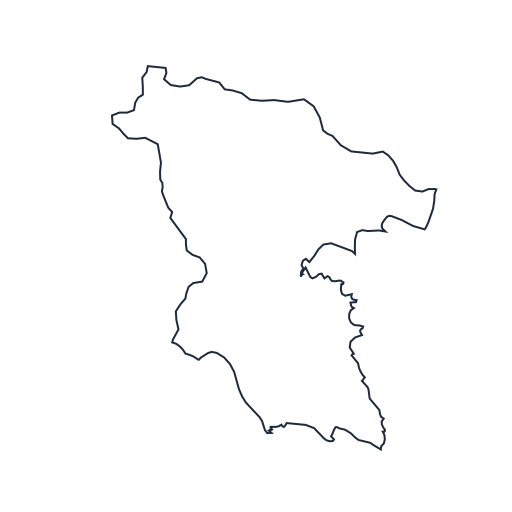 the Province of Burgas, rotated 19°
{"feature_id": "BGR-2254", "entity_name": "Burgas", "entity_type": "Province", "adm_level": 1, "iso_a3": "BGR", "parent_name": "Bulgaria", "parent_adm1": "", "projection": "natural_earth1", "projection_center": [27.462, 42.445], "detail": "fine", "context": "isolated", "style": "outline", "palette": "slate", "viewbox_px": 512, "rotation_deg": 19, "n_neighbors": 0, "source": "natural_earth", "source_scale": "10m", "svg_char_len": 3375}
<svg xmlns="http://www.w3.org/2000/svg" viewBox="0 0 512 512"><g transform="rotate(19 256 256)"><path d="M324.3,419.8L321.1,417.7L315.5,410.1L311.8,407.2L294.2,397.9L288.5,393.2L283.2,387.4L273.1,372.7L266.5,366.6L258.9,362.3L250.5,360.4L245.3,361.1L242.2,363.4L236.9,370.1L236.3,371.3L236.1,372.4L235.1,372.8L229.2,371.3L223.9,371.1L221.2,371.3L217.5,368.5L213.5,366.3L209.1,365.0L204.9,365.0L204.9,364.9L204.7,361.8L206.6,350.7L201.6,342.5L198.2,334.4L200.5,325.6L203.1,319.4L202.3,314.2L202.3,307.2L205.5,302.0L213.5,297.7L215.0,288.3L210.4,280.0L203.2,275.7L195.7,275.6L188.7,273.3L186.1,268.2L184.2,262.8L162.6,247.9L162.4,241.7L157.3,238.9L147.9,228.1L145.9,225.3L145.4,221.5L143.7,217.5L140.6,214.9L137.7,207.2L135.8,198.8L126.7,182.3L112.8,180.3L104.8,184.1L96.6,186.4L90.8,183.5L85.0,180.0L77.4,177.8L74.1,170.0L80.1,164.9L87.6,162.3L93.1,157.8L91.9,150.3L93.0,144.7L96.5,140.3L93.8,132.6L90.4,124.5L92.7,117.6L91.9,111.7L109.3,107.6L111.7,112.1L111.5,118.8L119.8,122.1L129.1,120.5L137.2,116.3L142.3,107.2L146.4,104.7L151.1,104.9L164.7,103.9L172.2,108.6L180.0,107.1L189.5,106.7L199.5,110.1L211.1,107.3L222.3,102.7L236.1,99.8L250.3,92.2L261.8,95.7L271.2,104.3L278.6,115.4L283.7,117.1L289.3,117.6L300.2,123.7L312.0,126.1L333.0,121.2L341.9,116.0L348.4,117.8L354.5,121.3L360.2,126.3L365.4,132.4L371.6,136.5L378.2,139.8L385.2,142.3L392.3,140.9L397.3,136.6L403.1,134.5L404.8,134.3L404.7,139.3L406.6,145.8L408.0,153.7L408.0,168.1L407.4,173.8L406.8,175.9L394.6,176.5L381.8,174.5L371.2,174.2L368.7,174.7L367.0,176.5L365.5,180.7L364.7,183.9L365.0,186.7L366.7,189.0L370.4,190.7L364.0,191.8L353.6,196.0L348.2,196.9L343.8,200.4L344.3,208.3L347.0,216.7L349.0,221.8L345.2,220.1L322.9,219.5L315.9,223.3L312.8,229.5L311.1,236.9L308.4,244.4L304.1,242.4L301.9,245.2L302.0,249.7L305.0,252.6L304.1,254.7L303.9,256.3L305.0,260.9L305.6,258.6L306.0,258.2L305.9,258.2L305.0,256.9L306.6,250.7L314.1,258.1L316.6,258.8L319.5,256.2L321.4,252.7L323.8,251.3L328.0,254.9L330.2,251.8L332.2,252.1L334.1,253.9L336.0,254.9L339.4,254.0L341.7,252.6L344.1,251.7L347.4,252.6L347.3,254.2L347.1,254.5L346.6,254.4L345.8,254.9L347.2,260.1L349.6,263.8L353.3,264.5L359.0,260.9L359.4,263.7L360.8,265.2L362.9,265.5L365.5,265.0L365.5,267.2L364.2,267.6L360.5,269.3L362.3,272.2L363.3,273.0L365.5,273.4L363.3,276.4L363.0,280.5L364.4,284.7L367.2,287.8L370.7,289.2L373.5,288.9L376.4,288.0L380.3,287.8L380.3,289.7L378.9,291.3L378.8,293.0L380.0,294.6L382.0,296.2L376.1,300.9L373.3,306.4L374.4,312.0L380.3,316.6L379.2,317.4L379.1,317.7L378.7,318.8L387.3,324.1L388.6,326.1L389.8,328.3L392.5,331.2L395.7,333.9L398.4,335.3L398.0,336.3L397.3,338.7L396.8,339.6L403.9,343.5L405.8,345.5L409.9,353.8L422.8,361.5L424.4,364.5L426.4,367.2L429.7,368.2L428.7,371.6L429.9,374.4L432.2,376.7L434.6,378.5L434.8,380.1L434.4,380.5L433.8,380.5L433.0,380.8L435.7,383.5L437.5,387.4L437.9,391.6L436.3,395.2L437.0,398.3L428.4,396.5L424.8,395.4L413.1,396.6L409.8,395.7L403.5,392.8L397.6,391.4L395.4,391.3L390.8,391.9L389.8,391.6L388.9,391.4L387.9,391.6L387.0,391.9L386.3,395.0L386.2,399.1L385.7,402.0L389.5,404.2L388.8,406.0L385.8,407.2L382.6,407.3L379.4,406.2L366.9,399.8L358.0,399.5L339.4,404.0L338.8,407.0L338.0,408.5L336.7,408.5L334.9,407.2L332.9,409.6L330.5,411.1L325.4,412.8L325.7,413.6L326.3,414.0L327.1,414.4L327.7,414.8L327.0,415.5L325.5,416.2L324.9,416.9L328.2,418.2L324.3,419.8Z" fill="none" stroke="#1e293b" stroke-width="2"/></g></svg>